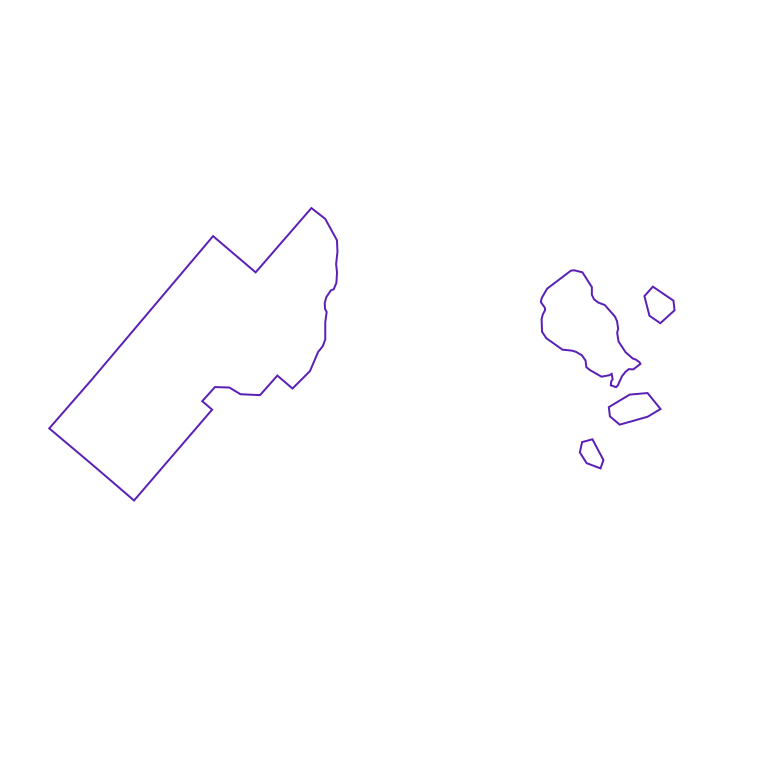 the district of Charlevoix, Michigan, United States of America, rotated 130°
{"feature_id": "52423323B98069421042704", "entity_name": "Charlevoix", "entity_type": "district", "adm_level": 2, "iso_a3": "USA", "parent_name": "United States of America", "parent_adm1": "Michigan", "projection": "robinson", "projection_center": [-85.407, 45.472], "detail": "fine", "context": "isolated", "style": "outline", "palette": "violet", "viewbox_px": 768, "rotation_deg": 130, "n_neighbors": 0, "source": "geoboundaries", "source_scale": "gbopen_adm2", "svg_char_len": 1394}
<svg xmlns="http://www.w3.org/2000/svg" viewBox="0 0 768 768"><g transform="rotate(130 384 384)"><path d="M633.3,556.4L633.9,500.6L514.1,499.2L514.0,512.2L495.0,511.5L486.1,500.2L484.1,487.4L472.2,471.8L446.1,471.1L446.3,451.2L421.7,449.0L401.7,455.1L394.3,455.2L387.7,457.6L374.3,468.8L365.7,474.2L364.3,477.5L360.2,481.4L354.6,484.0L346.4,484.9L343.7,483.4L337.1,485.5L328.7,491.7L323.0,497.7L312.4,504.8L304.1,512.5L295.3,535.1L295.9,552.7L381.0,554.1L380.6,610.0L569.8,610.7L633.2,611.9L633.3,556.4ZM170.9,303.8L174.7,311.5L177.1,313.7L206.1,320.3L216.7,318.5L220.4,316.5L222.3,309.5L224.1,308.0L228.6,307.1L233.1,304.9L242.4,296.5L244.6,289.1L243.0,269.4L237.7,261.6L236.0,257.7L234.8,250.9L236.5,244.6L241.0,239.9L241.0,235.5L238.6,222.1L232.3,216.9L229.9,216.1L233.4,211.9L236.0,211.6L239.2,209.4L237.3,204.2L234.8,204.0L225.0,206.7L219.6,206.8L215.4,206.1L212.5,202.4L203.8,200.5L203.1,202.1L203.4,206.7L204.6,209.9L204.4,219.3L200.7,231.6L194.8,238.4L191.2,240.1L186.0,246.0L183.9,250.4L181.6,265.6L183.9,272.3L184.1,277.6L182.0,282.2L176.2,287.0L170.9,303.8ZM225.4,156.1L221.5,176.3L234.2,189.0L257.2,196.9L263.6,190.1L263.6,177.3L239.6,161.0L225.4,156.1ZM134.1,215.8L136.6,240.6L149.3,241.0L161.1,224.5L159.8,211.4L140.8,208.8L134.1,215.8ZM292.4,188.8L301.2,194.9L310.5,190.0L314.4,177.9L309.5,163.9L301.2,167.0L292.4,188.8Z" fill="none" stroke="#5b21b6" stroke-width="2"/></g></svg>